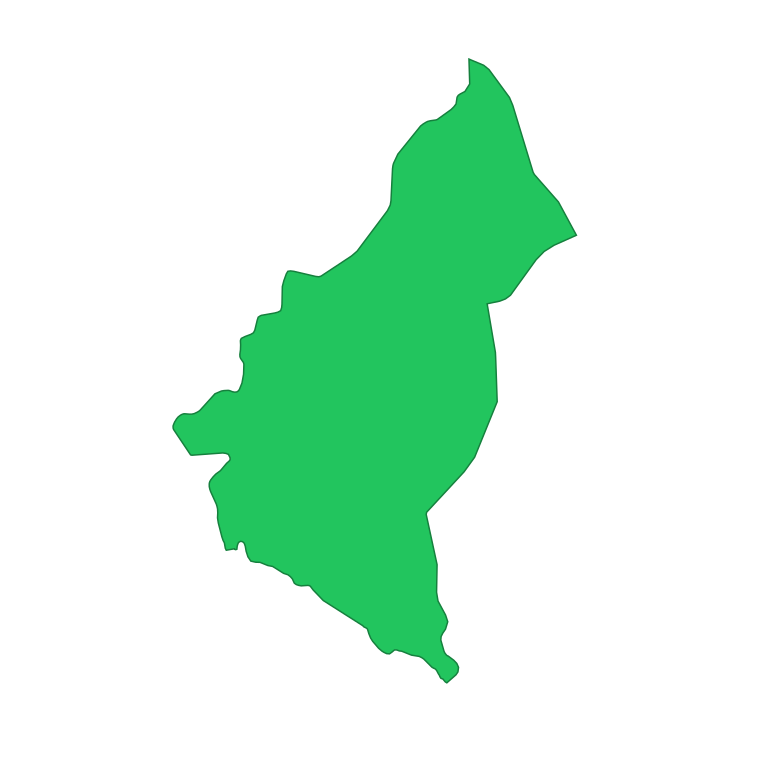 the border of Dosso, rotated 350°
{"feature_id": "NER-93", "entity_name": "Dosso", "entity_type": "Department", "adm_level": 1, "iso_a3": "NER", "parent_name": "Niger", "parent_adm1": "", "projection": "albers", "projection_center": [3.221, 13.177], "detail": "fine", "context": "isolated", "style": "filled", "palette": "green", "viewbox_px": 768, "rotation_deg": 350, "n_neighbors": 0, "source": "natural_earth", "source_scale": "10m", "svg_char_len": 2952}
<svg xmlns="http://www.w3.org/2000/svg" viewBox="0 0 768 768"><g transform="rotate(350 384 384)"><path d="M498.6,377.0L492.4,421.1L460.5,471.9L447.6,484.4L403.7,517.7L402.9,519.8L404.9,571.1L399.6,598.2L399.5,607.1L404.5,622.2L405.5,629.2L402.0,636.1L398.6,639.6L396.4,642.6L395.5,646.0L396.7,657.7L397.3,659.7L398.5,661.9L399.2,662.6L400.0,663.1L404.7,668.1L407.2,671.9L408.2,676.0L406.8,680.4L404.4,682.9L394.0,689.2L392.6,688.0L390.7,684.7L389.0,683.8L388.3,682.2L387.9,680.4L387.2,678.8L386.2,675.6L385.4,674.0L384.5,673.1L383.4,672.4L382.0,671.2L375.3,661.6L373.6,660.0L371.4,658.4L364.0,655.8L355.0,650.2L352.7,649.5L350.5,648.2L348.2,647.7L345.3,649.4L342.6,650.7L339.8,650.0L337.4,648.3L335.6,646.7L332.8,643.3L328.2,635.5L326.7,631.8L325.7,627.1L325.2,622.7L324.6,621.6L321.8,619.5L321.2,618.4L286.6,586.7L278.5,574.6L276.5,570.7L275.7,569.7L274.0,569.1L267.4,568.4L265.0,567.5L262.8,566.3L261.1,564.6L259.9,560.0L258.3,557.4L256.3,555.2L252.2,553.0L242.6,544.3L238.1,542.6L230.9,538.1L226.6,537.2L222.1,535.3L220.0,530.6L219.2,524.8L219.2,519.6L218.7,516.5L217.3,514.7L215.5,514.0L213.6,514.6L212.7,515.5L211.9,516.9L211.2,518.4L210.9,519.5L210.4,521.2L209.2,521.4L208.1,520.8L208.0,520.3L199.8,520.3L199.2,518.2L199.2,512.6L198.4,510.2L197.8,506.3L196.7,492.2L196.8,486.9L197.9,482.1L198.4,478.2L198.3,475.6L198.0,473.1L194.6,459.9L194.2,457.4L194.1,454.8L194.5,452.3L194.8,451.2L195.6,449.7L196.9,448.2L199.8,445.6L202.7,443.5L207.4,441.2L208.3,440.6L215.2,434.8L218.7,432.6L219.4,431.5L219.6,429.9L218.6,426.3L216.3,424.9L213.2,423.9L182.7,420.8L181.7,420.5L181.2,420.2L168.9,392.3L168.7,391.1L168.8,389.9L169.0,388.7L169.9,387.1L171.2,385.1L173.7,382.3L175.6,380.7L178.3,379.3L179.9,378.8L181.3,378.6L182.5,378.7L187.1,379.9L189.5,380.3L192.0,380.2L193.1,379.9L195.3,379.3L197.3,378.5L198.3,377.9L215.8,364.3L222.6,362.7L225.2,362.7L229.4,363.2L230.0,363.4L230.8,363.7L233.4,365.3L235.5,366.1L236.7,366.2L237.9,366.2L239.3,365.5L240.6,364.3L244.3,358.4L247.4,350.0L249.4,340.5L249.4,339.3L249.2,338.2L247.4,334.3L247.1,333.3L246.9,332.1L247.2,329.8L248.6,325.4L249.6,320.6L250.1,316.5L250.6,315.4L251.4,314.3L255.5,313.1L261.4,312.0L264.3,310.9L266.1,308.6L270.3,299.0L271.7,296.4L273.7,295.5L275.0,295.1L288.8,295.1L292.1,294.8L295.0,293.8L296.5,290.9L297.4,287.7L300.8,270.4L303.3,264.9L306.9,258.6L308.9,256.3L311.6,256.4L314.8,257.4L335.4,266.2L338.5,267.1L340.8,266.8L374.2,252.3L380.6,248.5L417.5,213.9L421.2,208.9L422.7,204.7L429.8,173.4L430.8,170.3L431.7,168.4L437.6,160.0L464.8,136.3L467.6,134.8L470.6,133.6L472.6,133.0L475.5,132.8L480.8,133.0L482.3,132.8L497.7,125.4L500.9,123.2L503.6,120.7L505.8,114.2L507.3,112.6L509.2,111.7L514.5,110.0L520.5,103.4L524.1,78.8L537.5,87.4L542.0,92.6L557.3,123.6L559.2,131.9L567.6,201.3L568.5,203.9L587.4,235.0L599.3,270.9L575.5,276.9L564.7,281.3L555.4,288.0L524.0,318.5L518.4,321.3L512.4,322.5L499.5,322.9L499.2,372.2L498.6,377.0Z" fill="#22c55e" stroke="#15803d" stroke-width="1.5"/></g></svg>